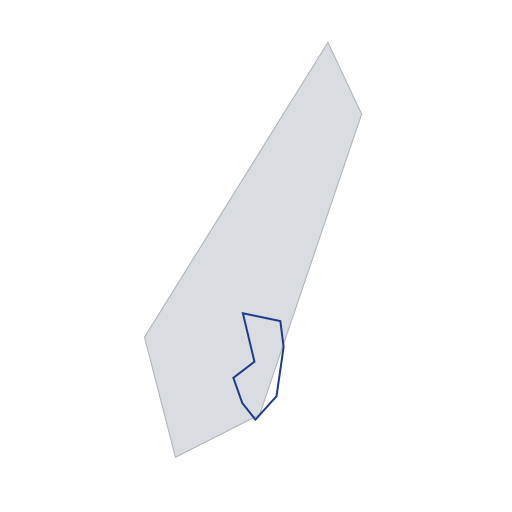 North Side highlighted on a map of Anguilla, rotated 145°
{"feature_id": "AIA-5119", "entity_name": "North Side", "entity_type": "District", "adm_level": 1, "iso_a3": "AIA", "parent_name": "Anguilla", "parent_adm1": "", "projection": "equal_earth", "projection_center": [-63.042, 18.253], "detail": "fine", "context": "in_parent", "style": "outline", "palette": "blue", "viewbox_px": 512, "rotation_deg": 145, "n_neighbors": 0, "source": "natural_earth", "source_scale": "10m", "svg_char_len": 406}
<svg xmlns="http://www.w3.org/2000/svg" viewBox="0 0 512 512"><g transform="rotate(145 256 256)"><path d="M393.9,253.5L74.6,389.7L88.1,311.6L344.0,124.0L437.4,137.3L393.9,253.5Z" fill="#d9dde1" stroke="#a8b0b8" stroke-width="1"/><path d="M273.4,188.7L285.6,165.6L319.6,129.4L350.3,122.3L351.6,143.4L344.4,169.2L317.9,170.3L299.6,216.6L273.4,188.7Z" fill="none" stroke="#1e3a8a" stroke-width="2"/></g></svg>